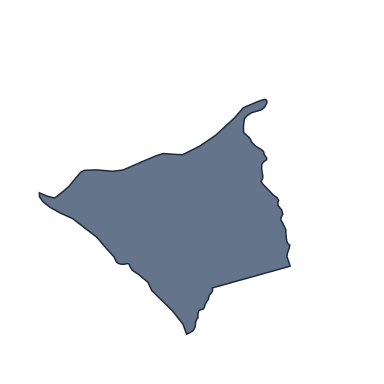 outline of Baltasar Brum, Artigas, Uruguay, rotated 306°
{"feature_id": "84410073B74350998718142", "entity_name": "Baltasar Brum", "entity_type": "district", "adm_level": 2, "iso_a3": "URY", "parent_name": "Uruguay", "parent_adm1": "Artigas", "projection": "natural_earth1", "projection_center": [-57.383, -30.74], "detail": "fine", "context": "isolated", "style": "filled", "palette": "slate", "viewbox_px": 384, "rotation_deg": 306, "n_neighbors": 0, "source": "geoboundaries", "source_scale": "gbopen_adm2", "svg_char_len": 1567}
<svg xmlns="http://www.w3.org/2000/svg" viewBox="0 0 384 384"><g transform="rotate(306 192 192)"><path d="M101.6,69.0L98.5,71.4L96.5,77.2L96.2,86.6L97.6,98.0L100.3,111.2L99.4,142.2L96.5,153.5L93.6,167.2L91.0,171.9L90.8,174.1L92.0,177.3L94.5,180.5L96.1,181.6L96.7,183.6L95.2,185.8L93.5,189.9L93.9,196.7L93.1,209.4L88.6,217.4L84.3,246.2L79.7,262.5L73.8,271.1L76.6,272.9L80.4,274.4L82.6,274.3L85.5,273.4L88.8,271.5L91.8,270.6L93.7,270.8L95.5,269.4L97.8,268.1L100.1,267.3L102.1,268.4L103.9,269.9L106.4,269.8L108.0,268.8L110.1,268.6L112.6,268.2L114.8,268.4L116.9,267.2L119.3,266.7L121.9,267.0L123.3,266.8L124.8,266.4L126.3,264.8L189.7,315.0L192.3,311.5L195.5,306.8L198.8,305.1L203.1,303.8L206.5,302.4L206.6,299.8L208.3,297.2L212.8,293.0L216.8,289.9L220.2,283.6L221.8,279.9L223.6,279.2L227.7,278.3L230.2,275.1L231.7,269.5L234.2,267.5L236.3,267.0L237.4,263.9L237.3,259.7L238.6,252.9L240.0,244.5L241.3,241.5L243.7,241.4L246.3,240.2L248.0,238.4L251.7,234.7L255.5,232.2L258.4,232.2L261.9,233.4L263.4,232.4L264.9,228.1L266.6,226.5L267.1,224.3L266.5,216.1L267.2,211.7L269.7,206.5L270.0,202.6L270.4,199.0L274.9,195.3L282.0,191.3L286.3,191.8L291.2,193.6L298.8,199.5L302.3,200.8L305.5,200.6L308.2,200.2L309.8,198.8L310.2,197.3L309.6,196.3L307.5,194.6L303.3,191.7L295.9,187.3L290.3,184.0L276.4,182.7L252.0,177.8L233.8,171.3L216.7,162.5L213.4,157.6L206.2,146.1L200.6,141.9L187.7,134.1L169.2,123.2L162.1,115.6L153.8,101.8L146.4,92.3L142.4,90.3L132.2,89.6L124.2,89.1L117.1,87.5L111.7,86.0L106.4,84.4L103.6,77.5L101.6,69.0Z" fill="#64748b" stroke="#1e293b" stroke-width="1.5"/></g></svg>